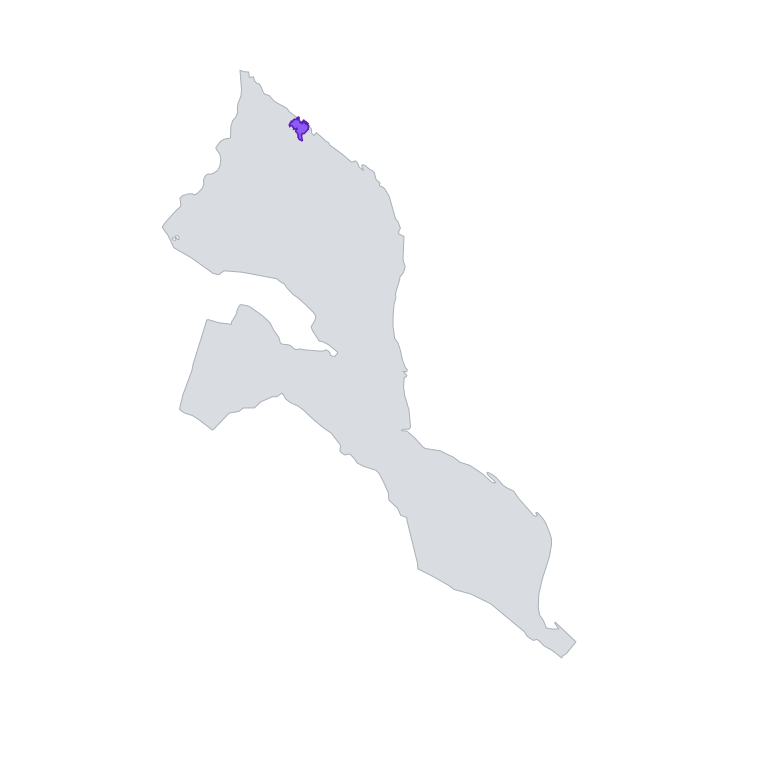 Quissanga, Cabo Delgado, Mozambique shown in context, rotated 311°
{"feature_id": "85939544B35031207172791", "entity_name": "Quissanga", "entity_type": "district", "adm_level": 2, "iso_a3": "MOZ", "parent_name": "Mozambique", "parent_adm1": "Cabo Delgado", "projection": "equal_earth", "projection_center": [40.396, -12.576], "detail": "fine", "context": "in_parent", "style": "filled", "palette": "violet", "viewbox_px": 768, "rotation_deg": 311, "n_neighbors": 0, "source": "geoboundaries", "source_scale": "gbopen_adm2", "svg_char_len": 7928}
<svg xmlns="http://www.w3.org/2000/svg" viewBox="0 0 768 768"><g transform="rotate(311 384 384)"><path d="M266.7,530.9L270.6,527.0L296.5,490.3L298.2,488.9L295.9,482.7L299.2,475.6L299.5,464.6L300.5,462.8L304.5,459.1L309.9,447.6L313.3,438.8L313.6,434.5L308.4,422.4L306.8,415.9L308.2,410.3L308.7,405.0L308.0,403.3L304.8,401.1L304.3,398.7L304.2,396.0L304.9,394.4L308.6,391.9L309.5,390.6L312.3,376.4L311.1,365.7L310.9,353.5L311.5,340.9L311.0,333.7L308.5,325.4L308.2,319.5L309.9,315.3L310.1,312.9L304.2,311.5L301.1,308.1L289.7,302.7L281.0,301.9L273.6,293.6L267.9,292.3L260.5,286.2L237.5,285.1L236.6,284.5L235.5,266.2L234.5,260.1L231.6,253.6L230.7,249.1L230.9,246.1L243.5,239.5L268.3,230.1L273.8,226.9L316.2,208.2L317.4,209.3L321.7,218.9L329.0,229.7L330.7,228.3L340.9,226.5L342.4,225.1L345.5,224.1L349.0,223.5L350.3,224.2L354.1,230.9L355.5,243.5L355.8,252.0L355.4,258.1L352.4,265.0L350.3,273.9L347.1,278.7L347.2,280.9L350.9,286.2L351.7,288.4L351.6,293.0L352.2,294.9L355.4,297.7L357.9,302.0L367.3,314.7L369.6,317.0L371.5,317.6L372.4,320.1L372.0,323.0L370.5,324.6L371.2,327.0L372.9,328.9L377.1,328.6L377.6,327.7L377.3,316.6L375.7,310.0L373.9,307.0L377.4,294.9L379.3,291.5L386.2,290.2L389.3,289.0L390.7,287.6L391.7,283.7L392.4,272.9L392.6,262.8L391.9,256.8L392.8,247.9L394.3,242.3L393.5,241.2L392.9,233.7L375.3,203.6L365.4,190.2L363.7,188.8L358.2,187.7L355.4,182.7L352.8,155.7L349.0,136.1L354.6,123.1L356.4,114.8L357.6,113.5L362.4,113.0L379.6,113.3L383.9,114.1L385.8,113.3L390.3,108.2L394.0,108.3L398.9,111.5L401.7,114.3L402.1,116.7L405.5,118.1L411.7,118.5L416.2,117.3L419.0,114.4L421.9,112.9L425.0,112.7L427.3,113.7L428.9,115.8L432.0,117.4L436.5,118.3L441.4,116.9L446.7,113.2L449.7,109.4L451.3,102.9L452.3,102.0L459.8,101.4L463.8,102.7L469.0,106.7L477.8,99.5L483.4,97.0L488.7,97.0L493.1,95.3L496.5,91.9L500.1,89.7L507.5,87.1L512.5,83.5L526.3,69.5L527.9,73.5L530.6,77.2L527.0,81.3L530.2,83.9L527.8,87.7L527.5,90.4L528.7,93.1L527.1,97.5L525.1,100.9L524.5,103.5L526.3,108.1L525.4,116.2L528.3,129.8L527.4,134.3L528.0,145.0L527.0,148.9L528.8,150.2L529.7,154.5L528.9,161.8L525.8,165.0L525.5,168.0L529.3,168.1L529.4,177.4L528.9,180.1L529.8,183.3L528.7,186.7L530.0,201.6L530.1,212.4L530.3,214.2L533.6,216.0L533.5,219.0L531.4,222.8L531.6,228.6L533.9,224.0L535.3,224.0L536.5,225.8L536.6,232.3L537.3,235.6L537.0,238.4L533.1,243.8L533.0,249.1L531.4,249.7L530.7,251.0L531.8,254.0L531.7,256.7L529.0,264.9L516.1,284.5L515.8,287.8L512.5,294.0L508.9,295.1L506.9,296.7L508.5,302.2L491.2,316.0L489.4,317.9L486.6,322.9L480.9,325.6L474.7,325.9L473.7,327.0L459.7,333.4L456.9,336.4L450.9,339.2L441.6,346.0L433.9,352.5L425.3,362.3L424.2,367.5L420.1,374.4L414.0,382.5L410.4,389.2L410.1,392.2L408.0,393.1L406.1,390.2L405.4,395.7L403.9,396.1L402.2,395.0L394.5,400.8L388.8,407.3L380.7,420.0L369.0,432.2L366.2,432.5L362.4,428.2L360.4,427.9L363.5,432.5L363.4,442.8L362.1,454.8L362.4,457.4L370.4,470.2L374.4,485.0L374.8,492.6L378.9,502.3L380.8,517.0L380.6,530.7L382.6,532.9L383.2,530.9L383.4,522.4L384.5,520.0L385.5,520.3L386.6,525.0L387.0,529.9L385.7,540.6L386.2,544.9L388.2,552.1L386.0,560.5L382.9,583.7L383.7,585.2L385.5,585.7L386.1,583.2L387.1,583.2L387.7,584.7L386.3,593.8L384.9,597.8L379.9,607.5L377.2,611.7L372.7,615.8L362.0,622.2L340.5,631.5L327.0,638.7L316.3,647.3L311.7,653.1L309.9,659.7L306.4,666.5L309.7,672.3L313.8,676.4L315.6,669.6L316.6,669.5L315.3,698.0L300.5,698.5L296.2,697.4L293.8,697.7L293.3,685.8L291.3,676.9L291.9,670.5L291.6,667.0L288.4,664.8L287.5,657.9L289.1,652.6L288.1,608.6L282.4,587.2L274.9,571.8L274.3,564.1L270.8,546.9L266.7,530.9ZM358.5,134.3L360.3,133.1L360.5,130.8L359.3,129.7L358.3,130.0L357.8,133.6L358.5,134.3ZM357.2,130.2L355.7,128.5L354.6,128.9L354.3,130.4L355.4,132.2L356.6,132.2L357.2,130.2Z" fill="#d9dde1" stroke="#a8b0b8" stroke-width="1"/><path d="M513.6,162.4L514.0,162.5L514.3,162.6L516.9,159.3L517.3,159.0L517.6,158.9L517.7,158.7L517.8,158.3L518.1,158.1L518.6,158.3L518.7,158.2L519.0,157.9L519.4,158.0L519.6,158.0L519.8,158.1L519.9,158.5L520.3,159.3L520.9,159.5L523.7,159.5L524.1,159.7L524.5,159.7L524.9,159.7L525.3,159.5L525.5,159.3L525.8,159.3L526.1,159.5L526.3,159.6L526.5,159.8L526.7,159.5L527.1,159.2L527.2,158.9L527.3,158.8L527.9,158.6L528.0,158.5L528.2,158.3L528.4,158.4L528.6,158.4L528.7,158.1L528.6,157.9L528.8,157.8L529.0,157.7L529.3,157.6L529.4,157.4L529.6,157.4L529.5,157.1L529.4,156.8L529.4,156.7L529.3,156.8L529.4,156.6L529.3,156.3L529.3,155.9L529.3,155.4L529.6,155.0L529.8,155.0L530.3,155.4L530.5,155.7L530.7,155.8L530.8,155.4L530.7,154.8L530.5,154.5L530.4,154.5L530.2,154.7L529.9,154.7L529.7,154.6L529.7,154.4L529.4,154.2L529.5,154.1L529.3,154.2L529.3,154.3L529.2,154.3L529.3,154.2L529.3,153.9L529.1,153.0L529.1,152.9L529.1,152.7L528.9,152.6L528.8,152.3L528.9,152.2L528.8,151.8L528.9,151.2L528.8,151.3L528.9,151.1L529.0,151.1L529.1,151.3L529.3,151.1L529.3,150.9L529.3,150.6L529.4,150.4L529.0,150.4L528.7,150.3L528.4,150.3L528.2,150.3L528.0,150.5L528.0,150.4L527.9,150.4L527.5,150.5L527.4,150.5L527.2,150.5L527.2,150.4L527.0,150.8L526.9,150.9L526.8,151.0L526.8,150.9L526.9,150.7L526.8,150.3L526.9,150.1L526.8,149.9L526.7,149.9L526.7,149.7L526.6,149.8L526.7,149.7L526.4,149.6L526.5,149.5L526.5,149.3L526.2,149.5L526.3,149.4L526.5,149.1L526.4,149.1L526.2,149.2L526.1,149.4L526.2,149.1L526.3,149.1L526.7,149.1L526.8,148.8L526.9,148.6L527.0,148.5L527.1,148.1L527.0,147.9L526.8,147.9L527.0,147.8L527.3,147.3L527.3,146.9L527.7,146.5L527.9,146.3L528.0,146.2L528.0,146.3L528.3,146.1L528.7,145.7L529.1,145.4L529.3,145.3L529.4,145.1L529.2,144.9L529.1,145.0L529.2,144.9L529.2,144.7L529.1,144.8L529.0,144.6L528.9,144.6L528.9,144.8L529.0,145.0L528.9,144.9L528.8,145.1L528.8,144.8L528.8,144.6L528.6,144.4L528.6,144.5L528.6,144.8L528.6,145.0L528.5,145.3L528.5,144.9L528.4,144.6L528.3,144.8L528.2,144.8L528.1,145.0L528.0,144.7L527.7,144.7L527.7,144.8L527.6,144.7L527.6,144.9L527.4,144.6L527.3,144.8L527.3,144.7L527.1,144.9L527.0,145.2L526.8,145.3L526.9,145.2L526.7,145.2L526.6,144.9L526.4,144.7L526.2,144.4L526.3,144.3L526.2,144.2L525.9,143.8L525.8,143.6L525.5,143.4L525.5,143.2L525.4,143.0L525.4,142.9L525.1,142.8L524.8,142.6L524.5,142.6L524.4,142.4L524.2,142.3L523.9,142.5L523.8,142.8L523.6,142.8L523.4,142.8L523.2,142.8L523.1,142.7L522.8,142.7L522.6,142.5L522.2,142.4L522.0,142.2L521.8,141.8L521.4,141.6L520.9,142.6L520.2,141.9L519.9,141.9L519.7,141.9L519.4,141.9L518.8,142.5L518.6,142.6L518.1,142.4L517.8,142.3L517.6,142.3L517.4,142.4L517.1,143.1L516.5,144.0L517.3,144.1L517.8,144.1L518.5,145.0L518.4,145.1L518.4,145.7L518.4,145.8L518.3,146.0L518.2,146.5L518.0,146.9L518.0,147.0L518.2,147.5L517.4,148.2L517.1,148.6L516.9,148.7L517.0,148.8L517.3,149.0L517.5,148.9L518.2,149.3L518.3,149.6L518.5,150.0L518.6,149.9L518.9,150.1L519.1,150.1L519.3,150.1L519.6,150.4L519.8,150.5L519.7,150.6L519.7,150.8L519.7,151.0L519.4,151.1L518.8,151.2L518.3,150.8L518.2,150.8L517.6,151.2L517.5,151.3L517.1,151.2L516.8,151.3L516.7,151.9L516.5,152.5L516.6,152.8L516.6,153.1L516.6,153.3L516.5,153.6L516.5,154.0L516.4,154.1L516.4,154.3L516.2,154.5L516.0,154.8L516.1,155.0L515.9,155.2L515.8,155.4L515.7,155.5L515.5,155.9L515.5,156.2L515.4,156.2L515.2,156.1L515.0,156.4L514.9,156.4L514.8,156.6L514.7,156.6L514.7,156.9L514.5,157.0L514.4,157.0L514.2,157.3L513.9,157.5L513.7,157.5L513.7,157.8L513.4,158.6L513.2,158.8L513.2,159.0L513.0,159.4L513.0,159.6L513.0,159.8L513.1,160.1L513.2,160.6L513.3,160.7L513.3,161.0L513.4,161.3L513.5,161.5L513.6,162.4ZM530.4,151.6L530.4,151.4L530.5,151.2L530.6,150.8L530.6,150.6L530.4,150.3L530.2,150.5L529.8,150.8L529.7,151.1L529.8,151.2L529.9,151.4L529.9,151.6L529.8,151.8L530.0,151.7L530.3,151.7L530.4,151.6ZM530.7,152.8L530.4,152.9L530.3,153.0L530.2,153.1L530.8,153.4L530.8,153.5L530.9,153.4L531.0,153.1L530.9,153.2L530.7,152.8ZM530.6,156.2L530.6,156.4L530.6,156.5L530.7,156.3L530.7,156.2L530.6,156.2ZM528.4,144.5L528.2,144.5L528.4,144.6L528.4,144.5ZM527.4,144.4L527.4,144.2L527.4,144.4L527.3,144.5L527.4,144.4ZM527.1,144.6L527.2,144.4L527.1,144.6Z" fill="#8b5cf6" stroke="#5b21b6" stroke-width="1.5"/></g></svg>